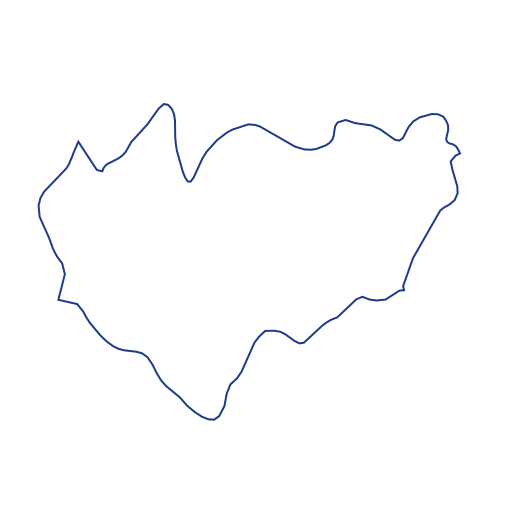 the border of Berea, rotated 175°
{"feature_id": "LSO-1202", "entity_name": "Berea", "entity_type": "District", "adm_level": 1, "iso_a3": "LSO", "parent_name": "Lesotho", "parent_adm1": "", "projection": "equal_earth", "projection_center": [27.891, -29.155], "detail": "fine", "context": "isolated", "style": "outline", "palette": "blue", "viewbox_px": 512, "rotation_deg": 175, "n_neighbors": 0, "source": "natural_earth", "source_scale": "10m", "svg_char_len": 1884}
<svg xmlns="http://www.w3.org/2000/svg" viewBox="0 0 512 512"><g transform="rotate(175 256 256)"><path d="M43.8,340.4L48.3,338.7L53.8,333.3L52.8,324.8L49.4,307.8L49.7,300.8L53.3,294.3L58.8,290.4L64.4,287.9L68.4,285.4L99.7,240.3L112.1,213.1L111.5,209.0L116.2,209.0L130.7,201.3L139.8,201.2L146.6,202.7L153.5,206.1L159.8,204.1L180.4,187.8L186.8,185.9L191.6,183.6L195.6,181.2L215.9,165.4L220.4,165.2L225.1,168.1L233.6,175.4L238.4,178.4L244.0,179.9L253.3,180.6L259.9,175.4L264.9,170.1L280.5,142.0L285.6,135.7L292.7,130.3L297.1,121.6L300.6,109.1L306.7,99.7L311.9,96.6L317.5,97.4L323.7,100.5L330.5,105.8L337.5,112.7L344.3,121.9L356.7,134.1L361.4,140.4L365.2,148.1L368.6,156.9L373.0,164.7L378.0,169.0L383.7,171.1L395.4,173.5L400.8,175.4L406.2,178.6L412.5,184.2L418.1,190.6L427.5,204.2L430.6,210.1L433.1,215.9L438.4,223.7L456.7,229.6L448.0,254.5L449.7,265.4L454.1,272.6L456.0,276.7L457.7,281.3L460.6,292.2L468.1,313.8L468.2,325.2L465.6,332.7L461.3,338.7L437.4,359.7L434.8,363.0L430.2,371.6L428.5,375.3L423.0,385.3L407.1,355.7L404.7,354.7L401.7,353.8L400.5,356.4L398.6,358.7L396.5,360.4L384.6,365.2L380.4,367.7L376.7,371.1L370.4,380.3L352.8,396.5L340.1,411.4L334.6,415.4L330.4,414.2L327.0,409.9L325.3,404.5L324.9,397.8L326.1,381.7L326.1,374.2L325.6,367.4L321.6,346.5L319.8,340.5L317.4,336.1L314.5,335.9L311.1,339.9L300.9,357.8L296.1,364.2L284.7,374.8L274.4,381.4L268.4,384.0L252.2,387.8L245.7,386.7L240.7,384.6L207.5,361.5L198.7,358.0L192.6,357.1L187.0,357.3L176.9,360.1L172.8,362.3L169.9,365.2L168.0,369.3L167.1,373.7L165.7,378.6L162.9,382.0L154.8,383.7L145.9,379.8L129.6,376.0L121.2,371.3L107.5,359.7L103.2,358.5L99.4,360.6L93.0,370.9L87.6,376.4L80.9,379.8L68.6,382.1L62.5,381.4L57.4,378.6L54.9,374.3L53.4,370.0L53.4,366.6L53.7,364.3L56.3,356.2L56.1,354.2L55.2,352.6L53.1,351.1L50.3,350.2L48.2,348.7L46.7,347.2L44.2,341.6L43.8,340.4Z" fill="none" stroke="#1e3a8a" stroke-width="2"/></g></svg>